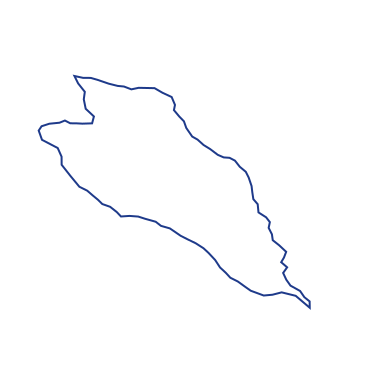 outline of Parisi, São Paulo, Brazil, rotated 127°
{"feature_id": "56859067B23293504570828", "entity_name": "Parisi", "entity_type": "district", "adm_level": 2, "iso_a3": "BRA", "parent_name": "Brazil", "parent_adm1": "São Paulo", "projection": "equal_earth", "projection_center": [-50.037, -20.26], "detail": "fine", "context": "isolated", "style": "outline", "palette": "blue", "viewbox_px": 384, "rotation_deg": 127, "n_neighbors": 0, "source": "geoboundaries", "source_scale": "gbopen_adm2", "svg_char_len": 1358}
<svg xmlns="http://www.w3.org/2000/svg" viewBox="0 0 384 384"><g transform="rotate(127 192 192)"><path d="M213.6,28.3L208.6,32.2L208.4,38.9L206.0,46.1L207.5,57.0L205.3,63.9L201.8,70.5L194.9,70.7L194.4,78.5L189.0,79.1L183.1,80.8L182.1,90.3L181.9,98.5L177.7,102.7L174.5,109.2L169.2,111.7L167.6,117.6L168.3,126.6L162.2,132.2L160.8,138.7L155.9,143.7L151.4,148.0L146.3,155.5L143.5,161.2L143.1,169.0L141.1,176.6L142.1,182.6L145.3,187.5L146.8,193.8L146.8,203.5L147.5,211.0L146.8,219.1L147.6,225.2L144.3,235.1L140.4,241.0L139.4,247.5L137.5,255.7L132.7,258.0L128.4,265.4L130.5,275.3L131.6,284.4L140.9,297.3L146.5,302.2L148.7,309.8L152.0,315.2L155.6,323.7L159.3,335.0L161.8,341.5L166.4,347.7L170.1,355.7L173.8,348.3L176.5,337.9L183.1,334.2L189.5,327.0L190.7,315.8L197.3,313.1L203.4,320.7L206.7,325.6L210.4,330.6L211.4,336.5L216.4,339.5L223.3,347.0L230.0,351.7L235.2,351.4L240.6,343.2L239.1,334.2L237.7,325.7L242.3,317.4L248.7,312.5L252.3,298.9L255.6,285.1L254.0,276.5L254.5,269.0L254.8,262.4L255.6,256.4L253.1,248.5L253.3,239.9L254.3,234.0L248.7,227.5L244.0,220.2L241.6,213.3L237.6,203.1L237.7,196.4L234.4,187.8L233.8,174.7L232.4,166.8L230.7,158.2L230.0,149.0L230.7,142.1L232.4,132.5L235.4,124.2L236.2,116.4L237.4,109.8L235.9,101.6L235.7,92.2L235.5,85.7L231.5,72.4L225.6,65.9L218.2,60.0L212.5,46.7L213.6,28.3Z" fill="none" stroke="#1e3a8a" stroke-width="2"/></g></svg>